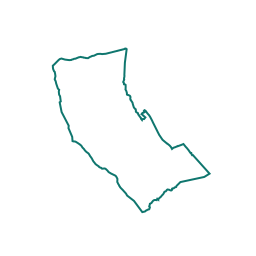 outline of Santa Ana Tlapacoyan, Oaxaca, Mexico, rotated 21°
{"feature_id": "50627088B51283651622115", "entity_name": "Santa Ana Tlapacoyan", "entity_type": "district", "adm_level": 2, "iso_a3": "MEX", "parent_name": "Mexico", "parent_adm1": "Oaxaca", "projection": "orthographic", "projection_center": [-96.856, 16.745], "detail": "fine", "context": "isolated", "style": "outline", "palette": "teal", "viewbox_px": 256, "rotation_deg": 21, "n_neighbors": 0, "source": "geoboundaries", "source_scale": "gbopen_adm2", "svg_char_len": 4330}
<svg xmlns="http://www.w3.org/2000/svg" viewBox="0 0 256 256"><g transform="rotate(21 128 128)"><path d="M181.9,184.0L181.7,183.5L181.9,183.3L182.2,182.6L182.5,182.1L182.6,181.6L183.1,180.9L183.4,180.3L183.7,179.2L184.2,178.0L184.5,177.4L184.7,176.5L184.8,175.7L184.8,174.9L185.0,174.4L185.4,174.0L185.9,173.7L186.1,173.2L186.3,172.7L186.4,172.1L186.7,171.5L187.0,171.2L187.6,171.1L188.2,171.0L188.8,170.9L189.5,171.0L190.1,171.0L190.6,170.9L191.0,170.6L191.2,170.2L191.2,169.8L191.0,169.5L190.9,169.0L191.1,168.5L191.7,168.3L192.2,168.0L192.5,167.6L192.7,167.0L193.1,166.5L193.7,166.2L194.1,165.8L194.0,165.3L194.1,164.6L196.3,159.7L216.4,146.6L216.8,146.3L220.5,141.4L199.0,130.4L198.7,130.3L198.2,130.0L197.6,130.4L196.9,129.9L196.0,128.6L195.6,128.7L195.3,128.9L194.8,128.6L192.2,126.8L191.8,126.6L190.1,125.6L188.6,124.9L188.1,124.6L185.5,123.1L185.4,123.2L183.7,124.8L182.8,125.6L181.4,126.8L181.0,127.2L180.8,127.1L180.4,127.5L179.2,128.8L178.3,129.5L177.4,130.3L176.6,131.8L175.9,131.2L175.1,130.5L173.3,129.5L172.2,129.1L170.3,128.5L170.2,128.6L169.9,128.5L165.5,127.0L164.4,126.6L159.4,123.1L158.8,122.5L157.4,121.3L157.0,120.9L154.7,118.8L149.1,113.7L147.9,112.5L144.7,109.7L143.2,108.6L142.7,108.3L142.0,108.0L140.1,106.9L139.4,106.4L138.9,106.0L138.1,105.7L137.1,105.4L137.0,105.5L136.7,106.3L137.6,107.4L137.3,107.7L137.2,108.0L136.8,108.3L136.7,108.4L136.4,108.5L136.2,108.6L136.1,108.8L136.0,109.2L135.7,110.2L136.2,110.3L136.8,110.5L137.3,110.7L138.0,111.1L138.6,111.2L138.9,111.3L139.3,111.5L139.7,111.7L140.4,111.9L139.8,113.9L138.9,114.2L138.6,114.4L138.3,114.5L138.2,114.8L138.2,115.5L137.7,115.2L137.3,115.0L137.2,114.9L136.8,114.7L136.7,114.6L136.6,114.1L134.2,112.7L134.0,112.4L133.6,112.1L133.2,111.9L132.8,111.8L132.7,111.6L132.3,111.1L132.2,111.0L132.0,110.6L129.9,110.2L129.2,109.4L129.1,108.8L128.7,108.1L128.3,107.7L128.1,107.8L126.1,106.7L123.8,103.8L123.7,103.6L123.3,103.0L123.1,102.7L122.3,102.1L122.2,102.1L121.4,101.5L120.6,101.1L120.5,100.8L120.4,100.8L119.7,100.1L119.3,98.5L119.2,98.4L119.0,97.9L118.6,97.5L117.9,97.2L116.5,97.1L115.4,97.3L115.0,97.1L114.4,95.7L113.2,94.1L111.9,93.0L111.9,92.8L110.8,89.7L110.2,88.5L109.6,88.4L108.6,88.6L108.3,88.1L108.2,87.9L108.2,87.7L108.0,87.4L107.8,87.3L107.1,86.9L107.0,86.6L107.1,85.7L107.1,85.3L107.1,85.0L107.1,84.6L107.1,84.3L106.9,84.2L106.8,83.7L106.4,82.8L106.4,82.2L106.1,80.9L106.0,80.5L105.7,80.1L101.7,68.2L98.5,54.9L97.5,54.6L96.7,55.0L96.6,55.4L80.6,66.7L79.3,67.3L78.1,67.9L77.3,68.3L75.8,68.6L73.5,69.6L72.5,70.3L71.7,71.2L70.5,72.5L70.2,72.8L69.2,73.3L68.7,73.6L68.1,74.3L67.1,75.2L66.4,76.1L65.7,77.1L63.6,77.8L62.8,77.8L61.3,78.2L60.8,78.1L59.8,78.4L58.3,78.6L57.6,79.1L56.6,79.7L56.1,80.2L55.9,80.4L54.7,81.5L54.3,82.0L52.9,82.7L52.1,83.6L51.3,84.0L50.7,84.8L48.8,85.7L44.7,86.7L41.0,87.0L39.7,88.0L38.9,89.3L36.5,94.8L35.5,96.8L36.3,98.6L37.0,99.8L38.6,101.5L39.4,101.8L40.4,103.3L41.7,105.6L42.1,108.7L42.7,109.4L43.2,109.7L44.1,110.8L45.0,112.2L48.4,116.3L50.1,117.1L50.1,117.5L50.4,118.9L51.0,120.1L51.8,121.6L53.2,122.7L55.7,127.3L55.0,128.5L60.3,136.9L71.8,147.1L72.5,149.5L73.9,150.9L79.1,156.3L80.9,160.1L81.6,160.1L82.5,159.9L83.2,159.6L84.3,159.6L85.2,159.8L86.4,160.0L87.5,160.3L88.7,160.5L89.6,160.9L90.5,161.1L91.4,161.7L92.4,162.5L93.3,162.9L94.6,163.5L95.5,164.2L96.7,164.8L97.9,165.3L100.2,165.9L101.4,166.7L102.4,167.6L103.5,168.3L104.6,169.0L105.5,169.7L106.5,170.6L107.7,171.6L109.2,172.4L110.2,173.1L111.5,173.6L113.1,174.0L114.5,174.3L114.9,174.7L116.2,174.9L117.3,174.8L118.3,175.3L118.6,175.2L119.7,174.6L120.6,174.2L121.6,174.1L123.3,174.8L124.3,175.2L124.7,175.5L125.3,175.9L126.6,176.3L127.8,176.4L128.4,176.6L129.9,176.7L131.0,176.8L132.1,176.9L133.2,177.0L134.2,177.4L136.2,179.1L136.6,180.0L136.9,180.9L137.1,181.6L137.4,182.3L138.1,182.9L138.9,183.7L139.8,184.3L140.6,185.2L141.3,185.5L141.7,186.0L142.8,186.6L143.7,187.0L145.0,187.6L145.3,187.7L146.4,188.3L147.4,188.8L148.8,189.5L149.7,190.0L151.4,191.4L159.7,193.9L171.5,201.4L173.7,199.9L174.0,199.5L174.2,199.0L174.5,198.5L174.9,198.2L175.3,197.6L175.9,197.0L176.7,196.5L177.0,195.7L176.8,194.8L176.8,194.1L175.9,193.6L175.8,191.7L175.6,190.9L176.8,189.6L176.9,188.8L177.2,188.1L177.3,187.5L177.6,186.8L178.3,185.9L179.1,185.5L179.6,185.3L180.1,185.2L180.6,185.1L180.7,183.6L181.9,184.0Z" fill="none" stroke="#0f766e" stroke-width="2"/></g></svg>